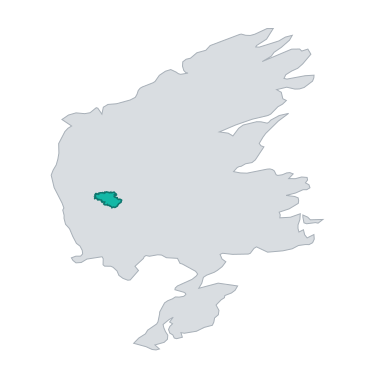 Clane Lea-5, Kildare, Ireland shown in context, rotated 172°
{"feature_id": "5873133B16730843557945", "entity_name": "Clane Lea-5", "entity_type": "district", "adm_level": 2, "iso_a3": "IRL", "parent_name": "Ireland", "parent_adm1": "Kildare", "projection": "equal_earth", "projection_center": [-6.848, 53.344], "detail": "fine", "context": "in_parent", "style": "filled", "palette": "teal", "viewbox_px": 384, "rotation_deg": 172, "n_neighbors": 0, "source": "geoboundaries", "source_scale": "gbopen_adm2", "svg_char_len": 6979}
<svg xmlns="http://www.w3.org/2000/svg" viewBox="0 0 384 384"><g transform="rotate(172 192 192)"><path d="M255.1,61.4L245.4,66.2L243.8,68.1L241.1,75.6L240.7,77.7L234.6,86.0L231.2,87.7L226.0,89.0L223.1,90.4L219.4,89.7L214.8,89.8L212.4,91.3L212.5,92.5L213.9,93.8L222.5,97.6L222.0,99.2L219.5,101.0L204.1,105.5L199.5,108.2L197.8,110.0L199.5,113.0L211.7,122.1L213.8,123.0L215.6,128.3L226.5,130.5L230.9,133.8L234.7,134.6L243.1,134.3L246.4,135.5L248.3,134.6L249.4,132.9L258.8,126.4L255.9,121.7L265.4,113.5L267.9,113.6L272.4,116.1L276.0,119.6L277.2,124.2L280.6,128.4L282.8,129.8L288.8,130.7L290.2,132.3L289.2,138.3L290.1,140.4L305.4,140.2L311.5,137.6L316.8,138.0L319.4,140.8L320.6,143.6L316.0,144.6L311.2,144.0L308.9,145.9L308.8,149.4L310.4,154.0L313.6,157.2L316.2,164.5L318.4,172.7L321.7,177.6L322.4,183.7L321.9,186.7L322.5,192.1L321.1,194.0L322.2,199.1L327.9,215.5L329.1,228.3L326.4,233.1L322.7,237.7L320.3,243.1L318.4,249.0L317.3,258.5L309.4,269.6L305.9,272.4L302.0,274.1L310.7,281.9L303.6,285.4L295.8,286.5L287.3,284.5L281.9,284.7L275.1,288.8L273.6,288.1L270.4,281.6L268.0,288.3L263.1,290.4L254.6,289.9L240.5,291.7L235.0,293.6L232.8,296.5L231.1,300.0L228.9,302.0L226.4,303.0L215.4,305.6L213.2,306.6L208.1,312.1L201.5,315.3L196.0,316.2L191.1,313.0L189.1,311.1L186.9,310.1L179.4,310.3L181.7,311.3L183.2,313.5L183.9,317.9L183.0,322.2L179.3,324.3L174.9,324.7L167.8,329.2L158.6,330.4L153.6,334.5L122.9,341.4L121.2,341.5L117.0,339.7L112.4,338.9L107.9,339.5L95.0,343.4L88.8,342.6L96.9,333.0L107.6,328.1L108.7,326.8L105.3,326.1L85.0,329.5L78.0,332.4L70.9,333.2L74.3,328.8L83.4,322.8L91.3,318.9L94.7,315.4L104.3,311.4L73.5,319.6L65.5,318.6L63.7,316.3L57.4,317.4L55.1,311.9L64.6,303.4L70.1,299.8L76.5,297.9L82.8,295.1L85.1,291.7L82.3,290.6L63.8,291.4L54.9,290.7L55.5,288.0L57.2,285.0L66.4,279.9L71.4,279.1L75.8,279.6L83.6,282.6L94.0,281.6L89.7,278.3L89.1,271.7L85.8,269.5L90.1,266.4L95.0,264.5L103.2,258.2L106.1,257.2L122.1,255.7L139.4,252.3L156.6,247.7L147.9,245.2L143.7,241.8L136.9,248.6L132.0,251.2L118.2,252.6L113.9,251.9L107.9,249.7L105.9,250.6L104.1,252.2L95.0,255.6L85.4,256.4L96.7,250.2L110.9,239.7L114.1,236.4L118.7,230.7L117.3,228.2L114.5,226.7L124.8,215.0L128.5,212.8L135.0,212.5L139.8,210.6L141.9,210.6L143.8,209.9L148.0,206.4L141.6,204.2L134.9,203.0L114.3,204.2L111.6,204.0L109.1,202.9L107.5,201.3L106.3,197.4L104.8,196.5L100.2,196.5L95.6,197.7L92.4,197.6L89.3,195.8L94.4,191.8L87.9,190.8L81.4,191.6L76.0,190.4L75.9,187.8L78.4,185.3L75.2,182.9L74.6,179.8L78.1,178.3L81.8,178.8L89.5,176.6L99.3,175.5L91.0,173.3L87.7,171.4L87.6,168.5L88.3,166.0L98.1,161.8L108.5,159.9L107.8,157.1L108.6,154.2L98.1,153.3L87.8,155.4L89.0,149.7L91.6,144.6L92.1,141.2L91.7,137.5L86.9,139.1L86.4,134.0L84.4,130.5L77.2,132.9L77.5,128.3L79.6,125.0L83.4,123.6L87.1,124.2L94.0,124.2L100.7,121.8L110.2,121.1L125.5,121.9L135.8,128.7L138.5,127.5L142.8,123.2L144.8,122.7L160.5,124.6L170.3,127.1L172.9,126.3L171.6,121.5L168.2,118.2L172.5,113.9L177.7,110.9L181.2,109.4L189.1,107.6L192.6,105.9L195.0,100.3L198.7,95.7L178.8,98.1L159.9,92.6L163.0,88.7L167.0,86.5L173.9,84.9L174.6,82.8L178.1,81.2L183.9,76.7L181.8,71.0L183.0,66.8L187.2,64.1L188.5,60.1L190.4,57.2L198.8,56.2L206.9,53.5L219.3,53.2L222.5,54.3L221.8,49.5L227.7,48.9L229.9,49.9L230.9,53.2L233.6,55.3L234.4,59.1L232.6,62.0L229.6,64.2L232.3,66.4L228.0,70.6L232.6,68.8L239.1,64.8L238.8,61.5L237.7,57.4L235.9,53.6L236.8,49.6L240.5,47.0L250.0,45.7L246.1,41.1L249.6,40.6L253.4,41.6L259.0,45.2L270.8,50.3L265.0,54.8L257.9,58.0L255.1,61.4ZM85.7,151.6L85.4,153.8L80.9,151.0L78.7,148.0L66.2,146.6L71.5,143.6L74.0,144.5L82.9,144.6L85.4,145.9L85.7,151.6Z" fill="#d9dde1" stroke="#a8b0b8" stroke-width="1"/><path d="M289.2,199.0L288.7,199.1L288.4,199.2L287.9,199.1L287.5,199.0L287.3,199.0L287.3,198.9L287.2,198.7L287.1,198.4L286.9,198.2L286.7,197.7L286.5,197.8L286.5,197.6L286.3,197.7L286.1,197.7L285.9,197.6L285.7,197.5L285.3,197.5L285.3,197.4L285.1,197.5L285.0,197.3L284.6,197.2L284.4,197.0L284.2,196.9L283.5,196.8L283.4,196.8L283.2,196.8L282.9,196.7L282.7,196.5L282.7,196.4L282.7,196.2L282.5,195.8L282.9,195.6L283.0,195.5L283.0,195.3L282.9,195.2L282.8,194.9L282.7,194.7L282.5,194.4L282.4,194.3L281.8,194.6L281.7,194.5L281.4,194.5L280.5,194.3L280.3,194.3L279.8,194.2L280.0,193.8L280.5,193.3L280.5,193.2L281.1,192.5L281.0,192.4L280.8,192.1L280.7,191.9L280.6,191.7L280.3,191.5L280.2,191.5L279.9,191.4L279.7,191.3L279.4,191.3L279.2,191.3L278.9,191.3L278.7,191.2L278.4,191.1L278.2,191.1L277.8,191.1L277.6,190.9L277.5,191.0L277.5,190.9L277.2,190.8L277.1,190.7L276.9,190.6L277.0,190.6L276.9,190.5L276.9,190.4L276.6,190.4L276.4,190.3L275.8,190.3L275.6,190.2L275.4,190.0L275.4,189.8L275.3,189.7L275.2,189.7L275.2,189.4L274.9,189.3L274.7,189.2L274.4,189.1L274.2,188.9L273.9,188.6L273.7,188.5L273.6,188.4L273.6,188.2L273.6,187.9L273.6,187.6L272.6,187.7L271.7,188.1L271.4,187.9L270.9,187.7L270.6,187.4L270.1,187.5L269.9,187.5L269.7,187.6L269.3,187.9L269.2,188.0L268.7,188.1L268.4,188.2L268.3,188.4L268.1,188.4L267.8,188.5L267.7,188.9L267.6,189.0L267.5,189.4L267.3,189.5L266.9,189.6L266.8,189.8L266.7,189.9L266.7,190.1L266.5,190.4L266.3,190.5L266.1,190.7L265.5,190.7L264.8,191.2L264.3,191.4L263.7,191.7L263.6,191.9L263.5,192.2L263.6,192.5L263.4,192.7L263.4,192.8L263.2,192.9L263.0,193.2L263.0,193.5L262.8,193.7L262.8,193.8L263.8,194.6L264.1,194.7L264.4,194.9L264.5,194.9L264.7,195.0L264.9,194.9L265.1,194.9L265.5,194.7L265.8,194.9L266.3,195.4L266.9,195.8L267.0,196.0L266.8,196.2L266.8,196.5L266.8,196.8L267.4,197.0L267.5,197.0L268.9,197.5L269.6,198.1L269.7,198.6L267.5,199.4L267.6,199.6L267.9,199.7L267.9,199.9L268.9,200.2L268.1,200.6L267.9,200.5L267.6,200.6L267.4,200.6L267.6,200.9L268.3,201.4L268.6,202.1L269.2,202.8L270.1,202.6L270.7,202.6L271.0,202.5L271.3,202.5L271.8,202.5L272.0,202.5L272.3,202.7L272.4,202.8L272.5,202.9L272.5,203.1L272.8,202.9L273.0,202.8L273.4,202.6L273.5,202.6L273.9,202.8L273.9,203.0L274.0,203.1L274.3,203.3L274.5,203.3L274.8,203.3L275.0,203.2L275.5,203.6L276.0,203.7L276.3,203.8L276.7,203.9L276.8,203.8L277.2,203.8L277.3,203.8L277.2,204.0L277.3,204.0L277.4,203.9L277.5,203.9L277.4,203.9L277.5,203.8L277.6,203.7L277.9,203.5L278.3,203.9L278.4,203.7L278.5,203.7L278.6,203.4L278.9,203.2L278.9,203.3L278.9,203.2L279.0,203.2L278.8,203.3L278.9,203.5L279.1,203.3L279.8,203.5L280.7,203.9L281.0,203.6L281.9,203.9L282.8,204.0L283.1,204.0L283.2,203.9L283.4,204.0L283.5,204.0L284.1,203.7L284.4,203.8L284.5,203.8L284.5,203.6L284.6,203.4L284.3,203.3L284.3,203.1L284.6,203.0L284.8,203.1L285.0,202.9L285.1,203.1L285.7,203.3L285.7,203.0L286.1,203.0L286.3,203.0L286.5,203.0L286.5,203.3L286.7,203.5L286.9,203.5L286.9,203.4L287.1,203.3L287.2,203.5L287.2,203.8L287.3,203.9L287.6,203.8L287.7,203.6L287.8,203.3L287.9,203.0L288.0,203.0L288.3,203.0L288.4,202.7L288.6,202.5L288.6,202.4L288.2,202.2L288.5,201.9L288.7,201.5L288.7,201.4L288.5,201.2L288.3,201.0L288.3,200.8L288.1,200.4L288.2,200.2L288.5,200.0L288.8,200.1L288.7,199.9L288.8,199.7L289.0,199.6L289.1,199.4L289.3,199.3L289.3,199.2L289.2,199.1L289.2,199.0Z" fill="#14b8a6" stroke="#0f766e" stroke-width="1.5"/></g></svg>